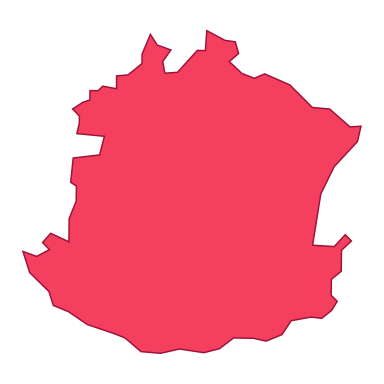 Khatirchi, Navoi, Uzbekistan
{"feature_id": "79887680B3077995484164", "entity_name": "Khatirchi", "entity_type": "district", "adm_level": 2, "iso_a3": "UZB", "parent_name": "Uzbekistan", "parent_adm1": "Navoi", "projection": "mercator", "projection_center": [65.889, 40.157], "detail": "fine", "context": "isolated", "style": "filled", "palette": "rose", "viewbox_px": 384, "rotation_deg": 0, "n_neighbors": 0, "source": "geoboundaries", "source_scale": "gbopen_adm2", "svg_char_len": 1053}
<svg xmlns="http://www.w3.org/2000/svg" viewBox="0 0 384 384"><path d="M42.6,242.5L49.4,249.6L36.7,256.4L23.0,251.5L29.7,272.6L48.9,291.5L53.4,305.5L68.2,311.5L87.5,324.6L113.8,333.5L125.0,337.9L140.9,351.6L160.5,353.3L179.5,349.0L203.9,352.7L219.4,348.7L233.7,337.9L253.6,338.3L266.1,341.1L282.0,334.6L291.2,320.7L310.9,317.1L321.8,318.3L331.6,310.4L337.2,301.3L331.2,295.3L331.4,279.3L341.2,271.3L341.5,250.3L351.4,241.0L345.3,234.7L334.2,246.6L312.6,245.2L320.8,193.9L334.2,166.6L357.5,141.5L361.0,126.2L350.0,126.9L329.6,109.0L312.4,107.5L289.8,84.9L264.7,73.9L254.3,78.3L241.8,73.4L229.3,61.5L238.6,53.5L235.3,41.8L225.0,40.4L206.8,30.7L205.4,50.6L197.3,50.4L177.5,72.3L164.9,73.2L162.7,61.5L170.9,50.0L157.2,45.0L150.4,34.4L142.1,54.1L142.0,63.5L128.1,74.9L116.6,75.9L116.5,88.7L102.7,86.2L98.1,90.7L90.0,90.6L89.9,100.0L83.0,102.2L72.6,109.0L79.4,116.1L79.3,123.1L76.9,133.6L104.4,136.3L99.6,154.9L73.2,158.0L70.7,182.4L76.4,186.0L76.2,201.1L69.2,218.5L68.9,241.8L50.7,233.3L42.6,242.5Z" fill="#f43f5e" stroke="#9f1239" stroke-width="1.5"/></svg>